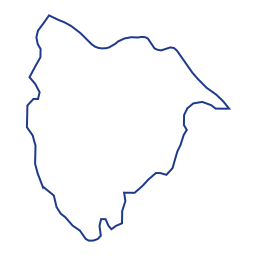 Unsan, P'yŏngan-bukto, North Korea
{"feature_id": "82179303B31233151456599", "entity_name": "Unsan", "entity_type": "district", "adm_level": 2, "iso_a3": "PRK", "parent_name": "North Korea", "parent_adm1": "P'yŏngan-bukto", "projection": "mercator", "projection_center": [125.845, 40.087], "detail": "fine", "context": "isolated", "style": "outline", "palette": "blue", "viewbox_px": 256, "rotation_deg": 0, "n_neighbors": 0, "source": "geoboundaries", "source_scale": "gbopen_adm2", "svg_char_len": 1196}
<svg xmlns="http://www.w3.org/2000/svg" viewBox="0 0 256 256"><path d="M170.4,47.4L161.1,50.4L157.3,49.7L154.5,48.4L148.0,38.7L145.3,37.2L141.5,36.9L138.0,37.5L131.4,37.2L124.7,38.4L118.1,41.4L115.2,43.9L109.1,47.4L106.1,48.2L102.0,48.4L98.4,47.9L95.1,46.7L91.8,44.4L80.3,33.0L71.0,25.9L64.6,22.4L58.6,20.0L49.0,15.4L44.2,22.3L38.0,30.6L36.4,37.3L37.7,44.0L40.6,49.0L40.4,57.3L35.7,65.6L29.5,77.2L35.3,84.0L39.6,92.3L38.0,99.0L33.5,98.9L27.4,105.5L27.2,115.5L26.9,127.2L32.7,135.5L34.4,141.8L35.5,145.5L35.1,163.8L37.8,173.8L43.1,187.6L43.5,187.1L53.8,195.5L56.6,207.2L60.9,213.8L65.3,217.2L72.6,225.6L79.9,230.6L85.7,238.9L88.7,240.6L93.2,240.6L97.7,239.0L100.8,235.7L99.5,225.8L101.1,219.1L105.6,219.2L108.5,225.8L111.4,229.2L115.9,225.9L122.0,223.3L122.2,211.0L125.4,201.0L124.1,192.7L134.6,192.8L142.2,186.2L148.3,179.6L155.9,173.0L160.4,173.1L166.4,174.8L172.5,168.2L177.3,151.6L180.5,145.0L183.7,135.0L186.6,130.2L186.8,130.0L183.9,125.0L184.0,120.0L184.1,115.0L187.3,108.4L193.3,103.4L202.3,101.9L211.2,105.2L215.6,108.6L224.6,108.7L229.1,108.6L223.2,101.3L216.2,94.6L206.6,87.8L197.7,78.8L192.6,73.0L177.0,50.7L174.0,48.0L170.4,47.4Z" fill="none" stroke="#1e3a8a" stroke-width="2"/></svg>